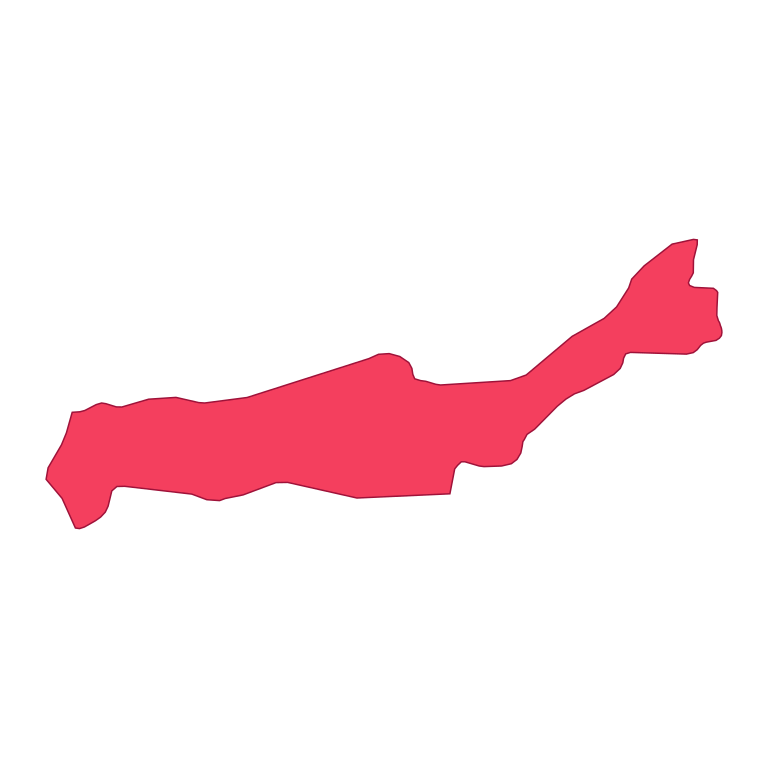 an SVG outline of Tipaza
{"feature_id": "DZA-2198", "entity_name": "Tipaza", "entity_type": "Province", "adm_level": 1, "iso_a3": "DZA", "parent_name": "Algeria", "parent_adm1": "", "projection": "equal_earth", "projection_center": [2.473, 36.591], "detail": "fine", "context": "isolated", "style": "filled", "palette": "rose", "viewbox_px": 768, "rotation_deg": 0, "n_neighbors": 0, "source": "natural_earth", "source_scale": "10m", "svg_char_len": 1510}
<svg xmlns="http://www.w3.org/2000/svg" viewBox="0 0 768 768"><path d="M72.2,412.3L79.8,411.8L84.8,410.5L96.2,404.6L101.6,403.0L105.9,403.7L116.3,406.9L121.9,407.0L148.6,399.2L176.0,397.4L198.7,402.6L204.7,403.0L247.1,397.5L368.9,358.6L378.5,354.3L389.2,353.6L399.8,356.5L408.8,362.6L411.9,368.4L412.8,374.3L414.7,378.8L420.6,380.6L425.8,381.3L435.8,384.3L440.5,385.0L510.5,380.6L526.2,375.0L572.2,336.3L604.1,318.4L616.6,306.9L628.7,287.9L631.7,279.1L644.2,265.8L672.1,244.1L693.5,239.4L697.3,239.9L697.2,244.7L693.5,259.7L693.3,272.8L691.6,276.2L689.6,279.4L688.4,282.9L689.6,285.5L694.3,287.4L713.4,288.3L716.5,290.6L717.7,292.4L717.0,307.4L716.8,315.5L718.4,320.7L719.4,322.4L719.9,323.8L720.4,325.6L720.9,326.8L721.4,328.3L721.8,330.5L721.9,332.6L721.4,335.6L719.4,338.2L716.0,340.4L706.2,342.2L703.4,343.2L700.6,345.4L697.2,349.7L693.3,352.6L686.4,354.1L630.5,352.4L625.7,353.9L623.6,358.2L622.8,362.8L620.2,368.4L613.7,374.5L583.8,390.4L574.5,393.8L565.9,399.1L557.2,406.3L534.7,429.1L527.0,434.4L524.2,439.7L522.9,441.6L522.1,446.8L520.8,453.0L517.0,459.4L511.4,463.7L501.6,466.0L484.0,466.6L479.2,466.0L465.0,461.8L461.3,461.8L457.6,465.3L454.7,468.9L449.9,493.8L356.9,498.0L287.6,482.4L276.0,482.6L243.1,494.9L225.2,498.5L219.6,500.6L206.8,499.7L191.8,494.1L124.7,486.3L116.9,486.5L111.8,490.9L108.1,506.2L105.3,512.1L100.7,517.0L95.5,520.7L84.4,527.0L79.5,528.6L75.4,528.0L62.1,498.4L46.1,479.3L48.1,467.8L61.5,444.8L66.4,432.9L72.2,412.3Z" fill="#f43f5e" stroke="#9f1239" stroke-width="1.5"/></svg>